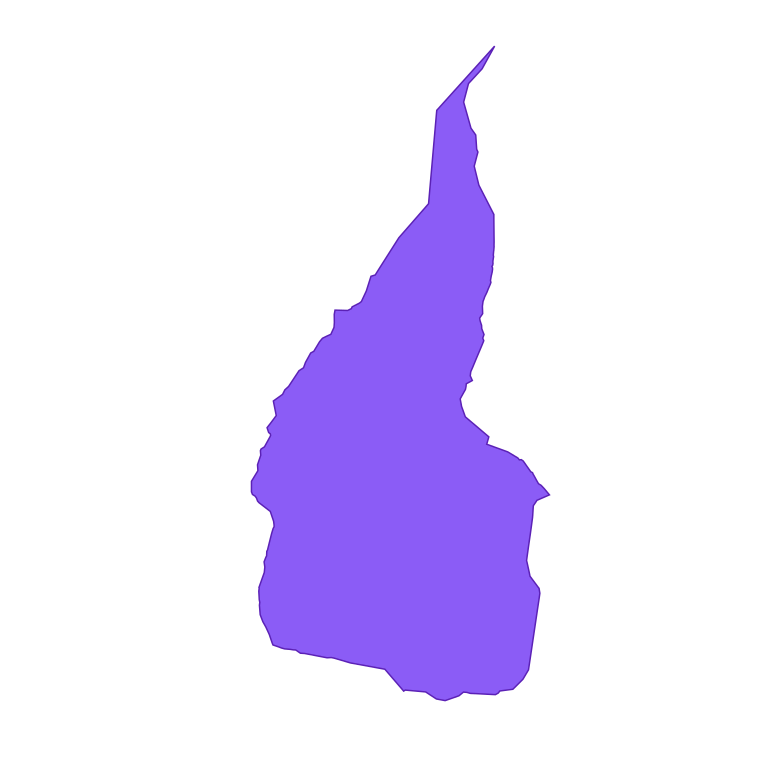 San Francisco Huehuetlán, Puebla, Mexico (orthographic projection), rotated 353°
{"feature_id": "50627088B76288874941262", "entity_name": "San Francisco Huehuetlán", "entity_type": "district", "adm_level": 2, "iso_a3": "MEX", "parent_name": "Mexico", "parent_adm1": "Puebla", "projection": "orthographic", "projection_center": [-96.935, 18.204], "detail": "fine", "context": "isolated", "style": "filled", "palette": "violet", "viewbox_px": 768, "rotation_deg": 353, "n_neighbors": 0, "source": "geoboundaries", "source_scale": "gbopen_adm2", "svg_char_len": 2916}
<svg xmlns="http://www.w3.org/2000/svg" viewBox="0 0 768 768"><g transform="rotate(353 384 384)"><path d="M492.6,685.3L509.1,625.6L512.0,615.2L513.2,610.7L513.0,605.7L512.2,604.4L505.5,592.6L505.2,588.8L504.3,579.1L504.0,576.6L505.2,572.0L508.0,561.5L510.9,550.9L513.2,542.2L515.1,534.9L515.6,532.5L516.9,525.5L517.4,523.0L520.3,519.7L521.6,518.1L534.7,514.2L530.5,507.7L530.3,507.4L527.6,503.7L525.2,501.8L523.9,498.7L521.7,493.2L521.1,491.8L520.6,490.1L519.0,489.0L516.0,483.4L512.8,477.4L511.0,475.8L510.1,475.8L509.1,475.8L507.9,473.8L498.6,466.5L495.5,464.9L478.6,456.3L480.9,450.9L481.6,449.2L474.8,441.8L465.0,431.2L460.7,426.5L458.9,418.5L458.2,415.4L458.2,414.4L457.8,408.1L459.5,405.7L464.2,399.3L465.1,396.5L465.7,393.8L469.1,392.5L472.1,391.3L470.6,386.4L471.6,382.4L473.9,378.5L478.5,370.4L481.9,364.5L485.7,357.9L487.9,354.0L488.3,353.1L487.6,350.5L488.6,348.5L489.3,347.1L487.7,340.8L487.8,340.6L488.0,337.6L487.5,335.2L487.0,332.4L487.0,330.2L490.5,326.2L490.9,321.7L491.1,319.2L491.2,318.6L492.4,314.0L492.8,313.3L493.7,311.6L494.5,309.9L495.4,308.5L496.0,307.6L496.2,307.3L496.5,306.8L497.4,305.4L498.8,302.8L501.6,298.0L502.5,296.2L502.3,294.2L503.5,290.2L503.8,289.3L504.1,288.6L505.0,286.1L505.7,283.5L505.8,282.8L505.8,281.5L505.4,280.5L506.4,279.3L506.9,277.5L506.9,276.6L507.1,275.2L508.0,271.9L508.3,271.1L508.2,269.4L509.0,265.6L509.2,265.0L510.0,261.1L510.1,259.8L510.6,256.3L511.3,250.0L513.2,233.1L513.7,229.1L502.4,198.2L500.1,178.8L505.5,165.2L504.6,162.3L505.4,148.0L501.5,140.7L497.4,113.9L504.5,96.1L519.8,83.1L535.0,62.1L469.7,118.8L450.2,210.5L416.6,240.6L392.8,269.5L388.6,274.7L384.2,275.5L377.8,289.5L371.6,299.4L369.5,300.7L361.8,303.5L360.8,305.2L356.9,306.6L344.4,304.7L343.1,308.8L342.2,317.0L341.3,321.7L337.3,328.2L333.1,329.5L328.5,331.1L325.2,334.2L318.3,343.0L315.0,344.3L308.7,353.0L306.1,358.1L301.3,360.4L289.0,374.8L284.9,377.7L282.1,381.9L272.1,387.4L273.2,402.2L267.4,408.3L262.6,413.1L263.6,418.1L265.1,419.6L265.2,421.2L264.7,422.1L257.7,431.8L254.0,433.6L253.2,435.1L253.0,439.7L250.5,444.8L248.6,448.8L248.3,454.5L247.8,455.3L240.6,464.4L239.3,474.9L240.0,477.6L242.4,479.6L243.5,481.6L244.0,483.7L244.2,484.7L245.4,486.5L255.6,496.6L257.7,506.8L257.7,510.5L257.5,512.3L256.4,513.8L254.2,518.8L250.5,528.4L248.1,534.7L247.3,535.7L246.5,540.4L245.7,541.4L243.3,545.9L243.4,551.2L242.2,556.5L235.1,570.7L235.2,571.4L234.5,574.4L233.9,583.0L234.1,585.6L233.4,588.4L233.0,597.9L234.0,602.0L234.8,605.2L237.1,610.8L239.6,618.6L241.4,627.2L242.0,629.5L247.2,632.0L250.2,633.6L253.1,634.8L258.8,636.0L261.5,636.8L263.9,637.2L268.2,641.0L272.4,641.8L294.1,648.8L298.4,649.1L300.8,649.9L316.8,656.8L350.1,667.2L366.1,691.2L367.8,690.4L387.8,694.7L397.6,703.0L406.1,705.7L420.4,702.6L425.3,699.5L428.7,700.2L432.0,701.6L438.0,702.6L456.7,705.9L459.7,704.7L461.6,702.8L474.7,702.7L485.9,694.0L492.6,685.3Z" fill="#8b5cf6" stroke="#5b21b6" stroke-width="1.5"/></g></svg>